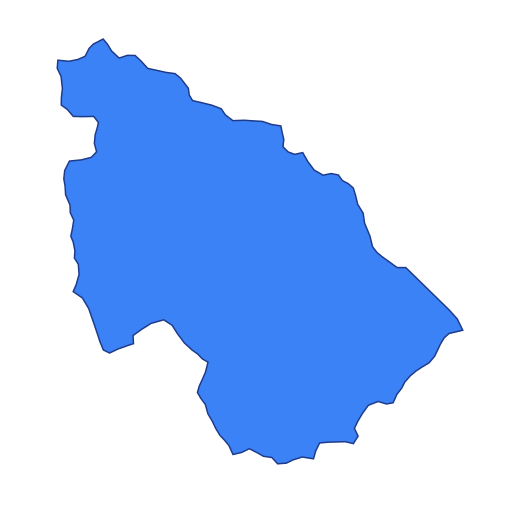 outline of Camboriú, Santa Catarina, Brazil, rotated 94°
{"feature_id": "56859067B78577950079276", "entity_name": "Camboriú", "entity_type": "district", "adm_level": 2, "iso_a3": "BRA", "parent_name": "Brazil", "parent_adm1": "Santa Catarina", "projection": "mercator", "projection_center": [-48.711, -27.063], "detail": "fine", "context": "isolated", "style": "filled", "palette": "blue", "viewbox_px": 512, "rotation_deg": 94, "n_neighbors": 0, "source": "geoboundaries", "source_scale": "gbopen_adm2", "svg_char_len": 2103}
<svg xmlns="http://www.w3.org/2000/svg" viewBox="0 0 512 512"><g transform="rotate(94 256 256)"><path d="M315.6,44.6L304.8,50.8L296.4,59.5L257.1,105.8L257.7,114.4L253.2,121.6L247.7,130.5L244.0,135.6L238.6,140.4L228.2,143.7L215.6,150.0L205.8,152.1L197.3,158.2L188.6,160.9L181.4,163.7L177.5,168.9L174.7,175.1L169.4,179.5L168.5,186.8L170.7,194.7L166.2,204.0L158.3,210.8L149.6,216.6L151.9,224.6L149.9,231.3L145.1,236.7L137.8,236.4L131.0,238.5L124.5,240.3L123.7,249.7L121.3,259.0L121.4,270.2L121.4,277.2L122.6,288.5L117.3,296.5L111.6,300.9L108.6,310.7L106.7,321.8L105.4,330.1L100.1,333.8L93.4,335.2L83.9,343.6L79.7,349.5L79.1,358.9L77.7,368.0L76.4,377.1L69.7,384.1L64.4,390.6L64.8,398.3L68.1,406.3L61.5,414.4L55.3,418.8L50.2,423.6L55.9,433.0L60.6,437.0L68.7,440.4L72.5,447.7L74.8,456.3L74.5,467.3L82.6,467.4L90.4,463.0L102.4,460.8L111.6,461.2L119.0,460.8L122.9,454.5L129.5,448.0L129.1,439.1L128.1,427.6L133.9,422.5L140.2,423.5L146.3,424.9L154.8,425.1L163.2,422.3L169.1,427.2L172.3,437.0L174.3,448.7L184.0,452.8L192.5,453.1L199.2,451.4L208.3,450.2L218.1,445.1L225.7,444.3L233.0,440.3L241.9,441.1L249.2,442.1L254.9,439.3L263.5,437.0L270.7,437.0L276.6,432.7L286.7,431.2L296.8,433.3L304.3,435.9L310.0,426.2L320.1,419.2L330.5,414.8L336.3,412.3L344.2,409.0L352.3,405.7L360.4,401.7L363.0,395.3L358.5,387.4L354.5,378.3L352.0,372.1L343.9,373.1L337.3,365.2L330.5,355.9L326.1,343.6L330.9,334.9L339.0,328.9L347.7,321.4L354.2,313.3L357.8,307.4L362.4,302.3L365.3,296.5L375.4,298.3L382.8,300.9L389.6,303.5L396.2,304.9L401.6,301.3L407.6,296.2L416.9,292.9L423.8,288.1L430.9,284.1L437.5,279.4L441.9,274.6L446.8,269.9L455.6,265.1L453.0,256.7L448.7,249.2L452.4,240.6L455.3,234.5L455.9,226.1L461.8,219.9L460.5,211.2L456.9,205.0L453.3,195.9L454.3,184.5L446.2,182.8L438.1,179.5L436.7,171.1L435.8,161.9L435.0,153.9L436.4,145.8L428.6,141.6L421.1,145.8L414.0,143.0L405.9,139.0L397.1,133.5L392.6,124.0L394.5,115.6L392.9,109.0L384.2,105.8L377.6,101.4L371.4,98.8L364.7,93.7L359.5,88.3L355.6,83.2L350.4,75.8L343.5,70.8L337.3,68.3L331.3,66.0L324.7,62.7L319.9,58.1L315.6,44.6Z" fill="#3b82f6" stroke="#1e3a8a" stroke-width="1.5"/></g></svg>